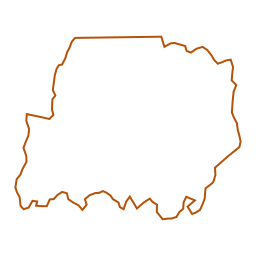 São José das Palmeiras, Paraná, Brazil (Natural Earth projection)
{"feature_id": "56859067B12185724894404", "entity_name": "São José das Palmeiras", "entity_type": "district", "adm_level": 2, "iso_a3": "BRA", "parent_name": "Brazil", "parent_adm1": "Paraná", "projection": "natural_earth1", "projection_center": [-54.124, -24.817], "detail": "fine", "context": "isolated", "style": "outline", "palette": "amber", "viewbox_px": 256, "rotation_deg": 0, "n_neighbors": 0, "source": "geoboundaries", "source_scale": "gbopen_adm2", "svg_char_len": 1480}
<svg xmlns="http://www.w3.org/2000/svg" viewBox="0 0 256 256"><path d="M200.0,209.9L202.7,204.0L204.7,198.6L205.5,188.3L210.5,184.6L213.3,182.0L215.4,175.0L215.0,167.7L228.9,155.5L239.4,147.1L240.6,141.5L239.3,135.4L237.7,129.6L236.8,122.9L234.0,117.8L231.9,112.4L232.6,101.9L233.6,91.8L236.3,85.0L231.7,80.4L232.3,73.5L233.0,67.0L230.7,59.7L226.2,60.4L221.8,62.3L217.8,63.7L213.9,59.7L211.7,55.7L207.4,50.1L202.6,46.9L196.5,48.7L190.9,52.6L186.7,51.0L185.1,46.0L174.6,43.0L170.8,43.3L164.4,46.8L161.3,36.7L75.1,37.9L71.8,41.7L69.5,47.8L67.1,52.2L65.4,58.1L62.2,64.4L58.7,65.3L56.5,69.1L54.8,75.2L53.8,82.9L52.8,90.0L55.4,95.5L52.4,99.3L52.0,109.6L53.4,115.0L49.4,119.0L43.4,117.6L26.8,114.1L26.3,120.9L29.1,129.0L28.4,135.6L25.7,141.9L23.5,147.9L26.3,156.0L26.5,161.8L22.4,169.3L20.5,174.5L16.7,179.2L15.4,187.4L16.7,191.7L19.6,197.1L20.6,205.9L23.6,209.2L28.6,207.6L32.5,200.8L37.2,201.5L36.1,205.7L42.5,206.2L46.8,206.2L49.8,199.4L53.8,199.1L57.4,195.0L62.2,191.9L66.9,193.3L68.3,199.2L73.1,202.5L78.4,205.2L82.5,209.9L86.6,204.7L84.9,199.1L89.7,195.2L95.1,193.1L99.4,192.8L102.8,191.1L106.3,192.6L110.5,195.6L113.0,199.2L118.5,202.5L119.9,207.1L123.6,209.2L126.3,201.5L129.8,196.6L134.7,204.7L136.9,208.5L143.9,202.4L149.8,198.6L152.3,201.7L157.0,204.7L156.8,212.0L162.7,219.3L167.5,218.6L171.5,218.5L176.4,217.0L179.4,212.0L183.2,208.8L183.6,202.4L186.3,196.8L194.9,200.4L187.6,206.6L192.0,213.9L195.6,212.7L200.0,209.9Z" fill="none" stroke="#b45309" stroke-width="2"/></svg>